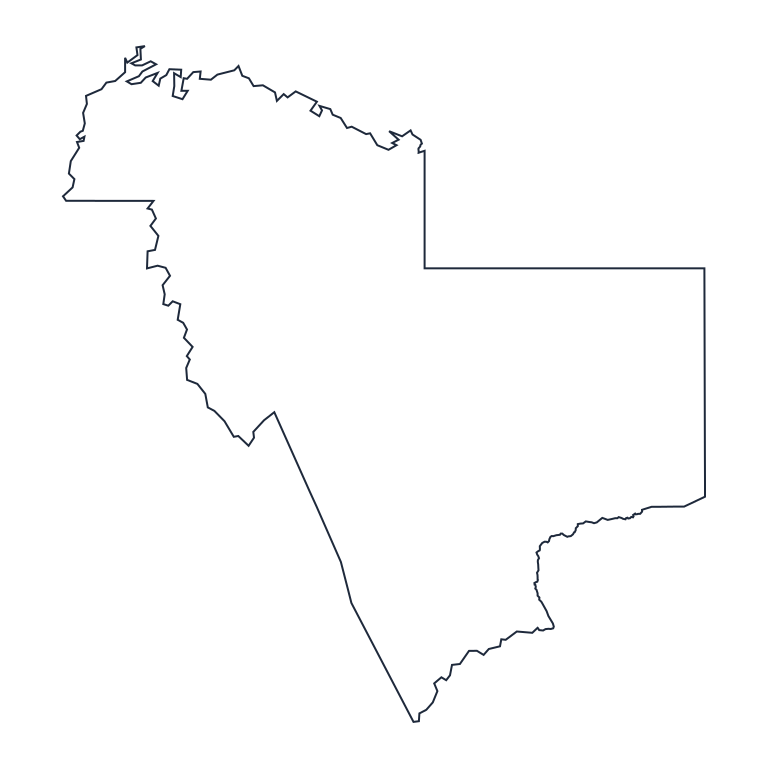 outline of Gila, Arizona, United States of America
{"feature_id": "52423323B99315051552268", "entity_name": "Gila", "entity_type": "district", "adm_level": 2, "iso_a3": "USA", "parent_name": "United States of America", "parent_adm1": "Arizona", "projection": "robinson", "projection_center": [-110.874, 33.741], "detail": "fine", "context": "isolated", "style": "outline", "palette": "slate", "viewbox_px": 768, "rotation_deg": 0, "n_neighbors": 0, "source": "geoboundaries", "source_scale": "gbopen_adm2", "svg_char_len": 3426}
<svg xmlns="http://www.w3.org/2000/svg" viewBox="0 0 768 768"><path d="M125.1,57.8L125.1,72.2L115.2,81.0L106.4,82.6L101.5,89.2L86.0,95.9L86.9,103.9L83.1,112.9L84.8,123.4L82.8,130.8L80.4,131.7L76.6,135.5L79.8,139.2L84.4,136.7L83.6,140.9L77.0,142.0L79.2,147.8L70.8,161.1L68.9,173.6L74.4,179.1L72.6,187.4L63.0,196.3L66.1,200.8L153.5,200.9L147.6,208.5L151.9,209.6L155.9,218.5L150.4,225.9L158.4,235.9L155.0,249.9L147.6,251.3L147.0,268.4L157.6,265.7L165.6,267.8L170.0,275.8L162.6,285.2L164.7,294.3L163.3,304.1L168.3,305.7L172.7,301.3L180.3,304.2L177.7,319.8L183.2,322.8L187.0,329.5L183.9,337.8L192.6,346.9L186.8,356.1L189.8,359.5L186.2,368.0L187.1,379.9L197.4,383.9L205.3,393.9L207.8,407.4L214.4,410.9L224.5,421.2L233.8,436.8L238.3,436.0L248.6,445.8L254.0,437.7L253.3,431.9L264.1,420.2L274.3,412.2L309.7,491.5L316.6,506.6L340.9,562.0L348.1,590.0L351.4,603.0L413.5,721.9L418.9,721.2L419.4,713.4L426.3,709.8L432.8,702.4L437.4,691.1L434.2,683.4L441.4,677.3L446.2,680.2L450.0,675.3L452.0,664.9L459.9,664.0L469.0,650.9L476.9,650.8L483.6,654.9L488.8,649.0L500.0,646.3L501.3,639.3L505.7,639.8L516.8,631.5L532.3,632.8L537.6,627.8L537.9,628.1L539.2,630.1L543.1,630.5L545.5,629.1L548.4,628.8L550.8,629.0L553.2,628.3L553.8,626.6L552.9,623.5L548.4,616.0L546.6,611.1L542.2,603.2L541.3,601.7L539.2,599.7L539.4,597.5L537.6,595.7L537.6,593.3L536.5,589.8L535.3,588.6L535.8,586.9L535.3,584.7L534.6,584.6L534.4,583.0L536.0,582.1L537.3,581.7L537.9,579.9L537.6,579.4L537.6,577.2L537.5,574.9L537.0,572.8L538.5,570.3L538.3,567.1L538.2,564.6L537.8,561.9L537.9,560.1L539.0,558.2L538.2,556.0L537.2,554.6L536.5,552.5L538.0,551.3L539.7,550.4L539.9,549.4L539.9,548.4L539.8,546.2L542.2,543.0L544.6,541.7L546.5,541.8L547.7,542.4L549.0,541.1L549.4,539.1L550.5,536.8L551.8,536.0L553.2,536.2L556.4,535.2L559.9,534.8L560.7,533.6L562.3,533.6L563.8,535.0L567.3,536.8L568.3,536.4L570.8,536.1L573.0,534.3L574.1,532.3L574.7,532.2L575.7,530.2L575.8,528.2L577.8,526.2L577.8,524.1L580.3,523.6L583.1,523.4L585.8,521.4L589.3,522.0L591.7,522.3L594.0,523.2L596.8,522.4L599.7,520.0L602.3,517.9L604.0,518.5L607.7,519.9L611.4,519.1L615.2,518.2L617.4,518.2L618.7,517.1L621.6,518.0L623.0,518.8L625.5,519.3L626.1,518.1L627.5,517.7L628.2,518.5L630.0,518.2L631.3,516.9L633.0,517.3L633.6,516.2L633.1,515.0L635.1,513.6L635.6,514.3L637.1,514.2L637.9,513.9L640.2,513.8L642.1,511.6L642.0,509.8L651.6,506.8L658.3,506.8L675.7,506.6L676.7,506.6L684.1,506.6L705.0,496.7L705.0,482.0L704.9,457.1L704.4,268.3L424.6,268.3L424.6,150.8L418.6,152.7L418.7,151.5L418.4,149.0L418.6,148.3L420.2,146.5L420.4,145.1L421.5,143.8L421.9,143.6L420.6,139.8L412.5,134.5L410.6,130.4L402.1,136.3L389.1,131.2L398.6,139.7L392.2,143.0L396.5,145.2L388.5,149.8L377.3,145.2L370.1,133.3L366.1,134.1L351.7,126.7L347.0,128.0L340.7,118.0L332.7,114.7L330.3,109.1L319.5,105.9L322.0,110.4L319.3,116.2L310.5,110.7L316.9,101.7L295.7,91.4L287.6,97.4L283.7,94.1L276.9,100.9L275.0,92.4L262.9,85.3L253.6,86.1L248.9,78.3L242.3,75.8L238.5,66.0L234.3,70.3L217.4,74.6L210.9,79.7L199.8,78.8L200.6,71.5L193.3,72.1L187.1,78.8L183.7,78.2L181.4,90.8L187.7,90.8L182.5,99.2L172.7,96.0L174.3,86.1L174.1,73.2L180.7,77.1L181.2,69.7L169.4,69.2L166.3,75.1L160.3,78.6L158.7,85.7L152.7,81.1L157.6,72.9L145.7,77.5L140.8,82.8L131.5,84.2L126.8,81.4L138.9,76.2L142.4,71.5L156.1,64.3L150.7,61.3L142.1,65.4L135.2,65.4L131.4,63.3L140.9,59.5L140.4,48.8L144.9,46.1L136.4,47.4L137.5,55.1L127.3,62.6L125.1,57.8Z" fill="none" stroke="#1e293b" stroke-width="2"/></svg>